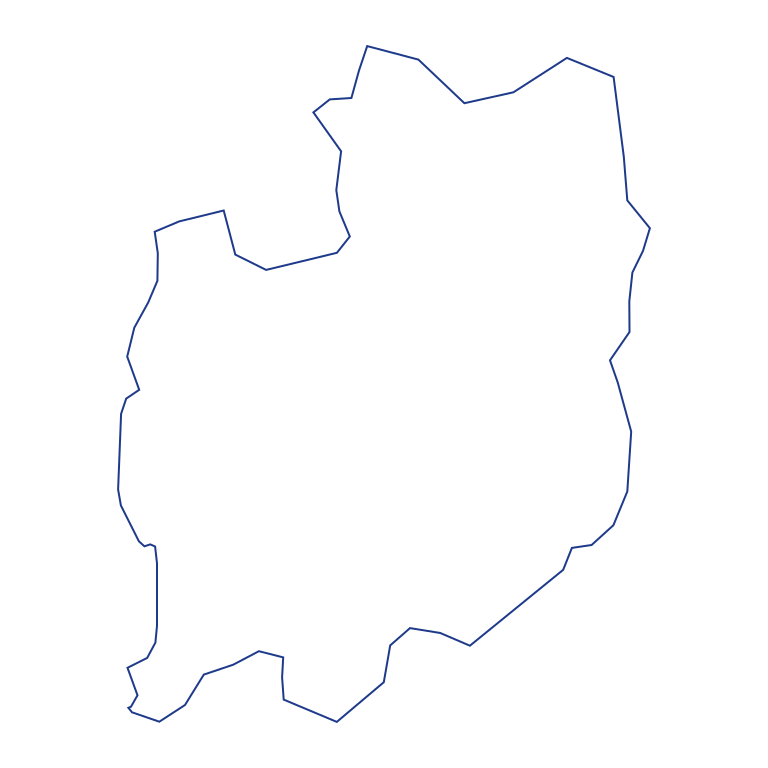 outline of Leova
{"feature_id": "MDA-1641", "entity_name": "Leova", "entity_type": "District", "adm_level": 1, "iso_a3": "MDA", "parent_name": "Moldova", "parent_adm1": "", "projection": "orthographic", "projection_center": [28.371, 46.556], "detail": "fine", "context": "isolated", "style": "outline", "palette": "blue", "viewbox_px": 768, "rotation_deg": 0, "n_neighbors": 0, "source": "natural_earth", "source_scale": "10m", "svg_char_len": 995}
<svg xmlns="http://www.w3.org/2000/svg" viewBox="0 0 768 768"><path d="M144.4,546.3L138.9,541.3L120.9,505.5L118.1,489.5L121.1,413.8L126.2,398.6L139.2,389.8L127.2,356.6L134.3,327.7L148.2,302.5L157.4,280.8L157.8,253.2L154.7,231.7L179.2,221.4L223.7,210.5L235.3,254.6L266.1,269.9L336.9,252.8L349.8,236.5L339.4,211.4L336.3,190.1L341.1,151.3L313.4,112.4L329.8,99.4L351.4,98.0L359.0,70.5L367.2,46.1L418.4,59.6L464.4,103.2L513.4,92.3L566.9,57.9L613.6,77.0L623.8,156.7L627.3,200.4L649.9,228.2L643.0,250.9L632.4,272.5L629.3,301.4L629.5,332.0L610.0,360.3L617.8,382.7L631.2,431.6L627.3,491.5L613.4,525.2L591.6,545.0L571.9,547.9L563.2,569.8L469.9,645.7L440.2,633.0L410.0,628.1L390.2,645.4L383.8,682.2L336.8,721.9L283.7,699.6L282.1,677.4L283.2,657.4L258.9,651.2L233.2,664.7L203.8,674.6L185.0,705.0L159.3,721.7L132.0,712.3L128.4,707.8L131.0,706.7L137.5,695.3L127.5,667.8L147.2,657.9L155.4,642.6L157.0,625.8L157.0,563.3L155.1,546.5L150.3,544.4L144.4,546.3Z" fill="none" stroke="#1e3a8a" stroke-width="2"/></svg>